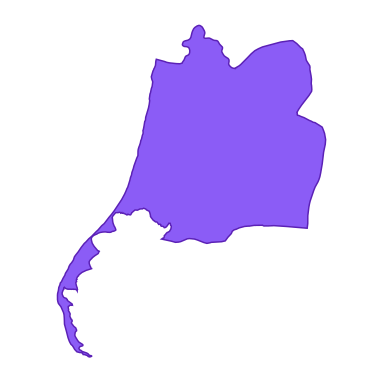 Yaring, Pattani, Thailand, rotated 271°
{"feature_id": "78962969B69014167770577", "entity_name": "Yaring", "entity_type": "district", "adm_level": 2, "iso_a3": "THA", "parent_name": "Thailand", "parent_adm1": "Pattani", "projection": "orthographic", "projection_center": [101.357, 6.855], "detail": "fine", "context": "isolated", "style": "filled", "palette": "violet", "viewbox_px": 384, "rotation_deg": 271, "n_neighbors": 0, "source": "geoboundaries", "source_scale": "gbopen_adm2", "svg_char_len": 5860}
<svg xmlns="http://www.w3.org/2000/svg" viewBox="0 0 384 384"><g transform="rotate(271 192 192)"><path d="M330.6,302.9L333.5,301.8L337.0,300.1L338.5,298.0L342.3,294.1L345.1,290.1L344.9,287.0L343.5,278.1L338.3,260.0L336.4,255.9L334.4,252.4L331.2,248.8L327.3,245.2L320.2,238.4L318.9,236.8L317.4,234.3L317.1,234.3L316.8,233.1L316.2,233.0L316.5,231.1L316.9,229.8L318.0,228.2L319.8,226.7L320.8,226.4L323.6,226.8L325.0,226.6L326.1,225.8L327.7,223.2L328.7,221.8L330.6,220.5L332.4,219.5L333.3,219.3L334.3,219.4L335.6,219.9L336.8,220.0L337.5,219.8L340.3,217.0L343.1,215.3L343.8,214.2L344.0,211.8L344.2,210.9L346.1,207.0L346.2,205.8L345.9,202.7L346.2,201.6L346.5,201.3L347.2,201.1L350.7,202.0L351.8,202.0L353.2,201.6L356.4,199.8L357.5,198.9L358.6,197.0L358.7,195.9L358.1,194.2L357.0,192.6L356.5,191.9L355.2,190.8L353.1,189.8L351.3,189.2L346.8,188.2L345.6,187.6L344.7,186.9L343.7,185.2L343.0,182.5L342.5,181.4L342.1,180.8L341.4,180.4L339.5,179.8L338.6,180.0L338.2,180.3L337.4,181.6L337.2,184.2L336.8,185.4L336.1,186.3L335.3,186.8L333.4,187.3L331.1,187.2L330.0,186.8L329.2,186.2L328.8,185.7L327.9,183.8L327.5,183.3L326.7,182.8L324.0,181.8L321.4,180.1L320.7,179.9L320.0,177.6L320.1,173.9L320.7,167.3L321.2,164.5L322.0,162.3L324.1,154.0L322.4,153.6L320.3,153.4L319.2,153.4L317.7,153.2L315.0,152.1L314.4,151.7L313.3,151.4L312.4,150.9L306.5,149.3L304.2,149.8L302.1,150.6L301.4,150.8L296.9,150.3L294.9,149.6L290.3,148.7L289.3,148.3L284.3,147.7L282.6,148.1L279.0,147.7L275.2,147.0L265.9,144.4L263.0,144.2L261.6,143.5L257.3,142.9L253.8,142.3L252.7,141.9L250.2,142.1L249.4,142.0L247.9,141.4L244.1,140.6L242.4,139.9L240.1,139.5L236.9,138.5L236.0,138.1L233.7,137.5L232.1,137.3L227.4,137.3L225.0,136.2L217.0,133.5L214.4,132.9L210.5,131.6L207.9,131.2L205.6,130.3L202.7,129.7L195.8,127.7L194.0,126.8L192.1,126.1L188.8,124.7L183.2,121.8L171.8,114.5L168.2,111.9L165.3,109.5L158.9,104.8L156.7,102.3L152.4,98.7L150.7,96.9L146.0,92.5L143.4,89.6L140.3,86.9L138.7,85.2L134.4,82.0L130.2,79.3L126.8,76.7L125.2,75.6L121.7,74.5L119.1,72.8L117.6,71.5L115.6,70.4L112.8,69.5L108.5,66.9L106.5,66.3L103.7,64.7L100.0,63.0L98.7,61.9L96.8,61.5L94.3,60.5L91.1,60.1L88.1,59.4L86.4,59.3L82.0,59.4L79.9,59.8L78.2,60.4L75.1,62.9L69.3,65.6L67.0,66.2L63.7,66.5L57.6,66.8L49.7,69.1L44.5,70.5L42.3,71.3L40.3,72.1L37.6,73.6L36.3,75.1L34.5,76.3L32.6,77.4L30.2,79.7L29.5,82.7L29.5,83.9L28.9,85.3L27.6,86.0L27.5,87.6L26.6,90.2L25.7,91.1L25.3,92.3L25.5,93.5L26.0,94.5L26.3,94.5L26.6,94.1L26.8,92.4L28.5,90.8L29.2,89.5L30.4,85.8L30.8,84.8L31.8,83.6L32.0,82.7L33.4,81.7L33.8,81.7L34.6,82.1L35.5,82.7L36.2,85.0L36.5,85.5L37.2,85.6L37.8,85.1L39.9,81.6L41.6,80.2L45.4,77.8L46.9,77.3L49.7,77.7L50.6,78.3L51.2,79.0L52.0,79.0L54.1,78.1L55.6,76.2L58.8,73.7L59.7,73.9L60.2,74.2L61.0,74.5L62.5,73.9L62.8,73.6L63.0,73.0L64.3,72.7L65.6,72.0L68.0,72.3L69.5,71.6L71.2,70.5L72.1,70.7L74.8,70.2L75.4,70.3L75.5,70.6L76.8,72.2L76.6,73.5L76.9,74.1L76.8,74.4L77.8,74.2L81.0,69.8L81.6,69.2L82.3,69.2L83.1,68.3L83.4,68.2L84.2,66.0L84.6,65.5L85.7,64.7L86.4,64.6L87.0,64.1L88.7,63.9L89.5,64.1L90.6,64.5L91.3,64.6L92.4,65.5L93.6,65.4L94.2,65.6L94.5,66.0L94.0,66.4L93.5,67.2L93.1,67.8L92.9,68.8L92.7,69.1L92.7,71.1L92.7,72.2L92.6,73.1L92.8,75.1L92.6,75.3L92.7,77.1L91.9,78.5L91.2,78.9L91.9,78.9L92.4,79.2L93.5,78.9L94.1,78.9L95.8,78.2L98.5,77.5L99.7,77.4L100.3,78.2L101.3,77.9L102.0,77.9L102.5,78.0L102.6,78.3L102.8,78.1L103.0,78.1L104.7,78.7L105.3,79.0L106.1,79.9L106.3,79.8L107.4,80.7L109.7,83.4L111.8,87.6L113.6,93.0L113.8,93.0L114.0,92.4L114.3,92.2L115.6,91.8L116.2,91.4L118.7,90.5L120.4,90.4L121.3,90.8L122.5,91.6L123.9,93.1L124.4,93.3L126.6,96.0L128.7,99.1L129.1,99.4L130.5,99.9L131.1,100.3L131.4,99.8L131.7,98.8L135.9,95.1L138.6,93.4L139.4,93.0L142.4,92.2L144.1,92.2L144.7,92.4L146.1,93.6L147.1,94.9L148.4,97.8L149.1,98.7L149.9,100.8L150.4,103.4L150.6,106.1L150.2,108.9L150.3,109.5L150.2,110.6L150.4,111.6L151.3,113.2L151.3,113.9L151.8,115.3L152.5,116.4L152.8,116.5L154.1,116.1L155.8,115.3L156.5,114.8L159.2,113.7L160.8,113.3L164.1,112.9L164.8,112.6L166.5,113.2L170.0,116.0L170.1,118.6L170.5,119.9L170.3,120.6L169.6,121.1L170.0,121.7L169.9,122.0L170.1,122.2L169.6,122.4L169.5,122.7L169.7,124.0L169.3,124.3L168.9,125.6L167.9,127.4L168.7,128.3L168.2,129.4L168.1,131.0L169.5,131.9L170.1,132.0L173.0,135.3L172.9,137.9L174.0,140.0L174.2,141.0L174.3,142.4L174.2,142.5L174.9,144.0L174.2,146.0L173.3,146.8L172.0,149.6L169.2,150.6L168.7,150.6L168.0,150.9L167.2,150.8L166.0,151.4L162.9,153.9L162.5,154.9L162.3,154.9L161.7,155.7L161.4,156.3L161.5,156.8L161.2,157.7L159.4,159.0L159.0,159.3L159.3,160.6L158.6,161.4L158.3,161.2L158.0,161.3L157.5,161.6L157.2,162.3L157.1,163.8L156.5,164.5L155.9,164.8L155.9,165.5L156.2,166.3L157.1,167.3L159.7,169.1L160.3,169.3L160.3,170.8L158.3,171.2L157.7,171.8L157.2,171.9L155.6,171.7L154.6,171.5L152.3,170.2L151.2,168.4L151.1,167.9L150.1,166.9L149.0,166.2L148.0,165.1L146.6,165.0L145.2,164.5L145.4,163.8L144.4,162.4L142.5,172.1L141.4,176.3L141.7,179.5L142.2,181.6L145.1,188.1L145.4,190.2L145.0,195.3L144.1,198.3L141.7,204.7L140.9,207.8L141.6,211.1L142.0,212.0L142.8,222.5L143.7,226.1L147.4,228.7L150.7,231.7L151.9,232.4L153.4,232.9L154.9,234.8L155.6,237.0L157.0,239.9L158.5,245.2L158.9,249.0L158.9,249.9L159.7,254.6L160.0,263.1L159.4,264.1L159.3,265.4L159.4,265.7L159.4,268.5L159.8,274.5L159.2,286.8L157.8,307.8L162.5,308.3L170.3,308.2L178.9,309.1L182.4,309.7L185.0,310.3L195.7,313.7L199.1,315.0L204.4,317.8L206.9,318.8L209.6,319.6L213.3,320.3L222.4,321.7L234.2,322.9L242.0,324.4L246.7,324.7L252.9,323.5L255.6,322.5L259.0,321.1L259.3,320.8L263.5,313.8L263.9,311.7L264.8,310.2L265.6,308.1L268.3,302.8L269.5,299.4L270.5,297.2L270.5,296.2L271.0,295.9L273.0,295.8L273.4,295.5L276.5,297.2L280.9,300.1L290.6,307.3L294.7,309.8L296.5,310.0L300.3,309.7L302.5,309.3L306.8,309.5L310.2,309.0L316.7,307.7L318.8,307.8L320.3,307.5L324.8,304.5L326.0,303.9L330.6,302.9Z" fill="#8b5cf6" stroke="#5b21b6" stroke-width="1.5"/></g></svg>